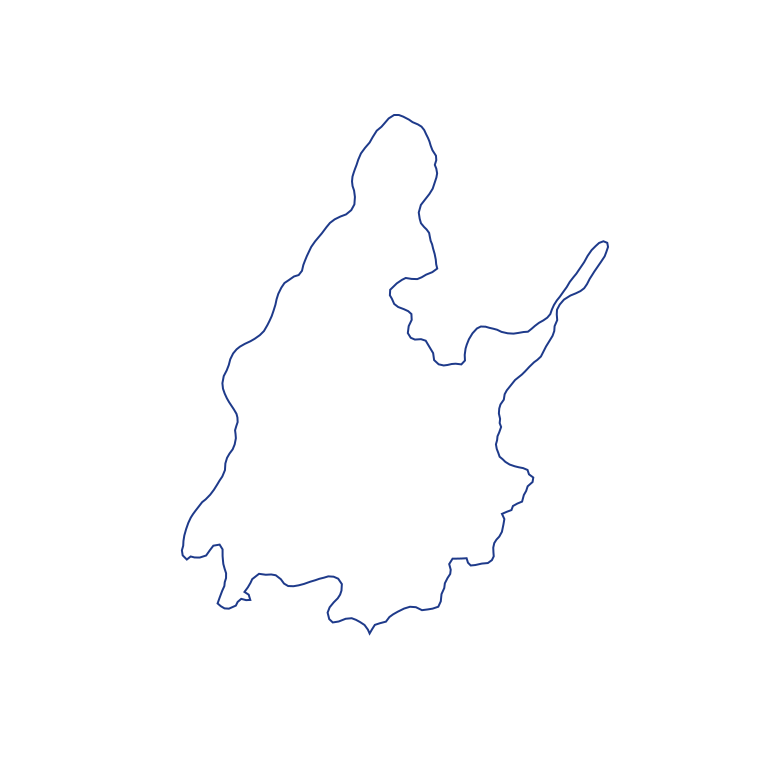 Veredinha, Minas Gerais, Brazil (Natural Earth projection), rotated 234°
{"feature_id": "56859067B69481295032755", "entity_name": "Veredinha", "entity_type": "district", "adm_level": 2, "iso_a3": "BRA", "parent_name": "Brazil", "parent_adm1": "Minas Gerais", "projection": "natural_earth1", "projection_center": [-42.725, -17.51], "detail": "fine", "context": "isolated", "style": "outline", "palette": "blue", "viewbox_px": 768, "rotation_deg": 234, "n_neighbors": 0, "source": "geoboundaries", "source_scale": "gbopen_adm2", "svg_char_len": 4762}
<svg xmlns="http://www.w3.org/2000/svg" viewBox="0 0 768 768"><g transform="rotate(234 384 384)"><path d="M524.2,362.8L522.3,357.6L519.1,351.5L515.7,346.9L512.0,342.8L508.2,337.7L504.9,333.0L502.2,328.2L500.2,324.3L497.4,318.0L496.5,312.2L496.6,305.9L497.1,301.1L498.3,294.9L498.9,289.4L498.7,285.1L497.4,279.9L494.4,274.2L490.6,269.6L487.5,264.8L484.6,259.0L479.6,253.7L474.9,251.0L469.9,249.5L464.9,248.5L460.4,248.0L455.9,247.8L451.5,247.6L446.5,247.1L443.0,245.7L439.2,243.2L436.8,239.8L434.1,236.3L430.8,234.5L427.2,232.3L422.9,227.7L420.1,223.2L418.5,218.1L416.5,213.6L413.0,209.0L407.8,204.7L404.2,198.8L402.6,194.4L400.6,189.7L398.4,184.2L396.6,178.3L395.5,171.9L395.3,167.4L393.9,162.6L392.3,157.1L391.0,153.0L389.5,149.2L386.7,144.1L382.9,138.6L378.8,133.4L374.9,129.5L371.2,126.5L368.2,122.7L363.7,120.4L357.9,121.3L358.1,126.2L355.0,128.8L351.9,132.9L349.8,139.3L351.9,145.5L353.5,150.9L350.7,156.6L345.1,156.2L339.7,152.3L336.4,150.3L332.8,148.2L328.0,146.4L323.7,145.0L319.8,142.1L317.3,138.7L314.4,136.1L311.7,131.4L307.6,125.2L304.3,120.4L300.1,121.4L296.2,123.1L293.4,126.5L291.8,133.9L293.7,137.5L294.1,142.2L290.2,145.4L287.9,148.9L293.1,150.7L297.8,148.9L299.5,154.3L301.6,159.1L303.6,162.7L303.9,171.3L299.2,176.2L296.2,180.8L292.9,184.0L286.7,185.8L281.3,185.8L276.9,187.7L273.6,191.9L271.3,196.6L269.3,201.7L267.4,208.1L265.6,213.2L264.4,217.2L262.6,221.6L261.1,225.9L257.7,230.0L253.4,232.5L246.9,232.3L241.9,228.2L239.4,224.7L237.8,220.6L236.9,215.0L235.3,208.8L232.2,204.0L226.0,201.5L221.2,202.4L218.5,207.7L216.6,215.0L213.5,220.2L209.7,222.7L205.5,224.7L200.5,226.6L194.7,226.6L190.6,225.7L192.6,230.2L194.5,235.0L192.9,240.0L190.6,245.9L192.3,251.4L192.3,256.0L191.7,261.3L190.5,268.3L188.5,274.1L184.7,278.6L178.7,281.8L175.9,286.9L173.7,291.3L171.9,297.0L174.8,302.2L180.2,307.0L183.5,312.8L187.0,316.1L189.7,321.4L191.4,325.9L194.5,328.8L200.0,330.9L202.4,336.8L199.1,341.4L196.6,345.1L194.5,348.4L190.1,346.9L186.2,347.5L183.9,351.4L181.2,357.6L178.1,362.8L178.1,367.8L180.1,371.5L183.5,373.6L187.4,376.2L190.5,379.7L192.0,383.5L192.8,387.6L195.1,392.5L200.0,397.9L204.0,402.0L209.6,403.1L208.4,408.4L207.1,413.0L209.5,416.6L208.9,421.6L207.7,426.6L212.0,431.9L213.9,436.1L216.8,440.1L217.4,446.6L220.6,449.8L225.7,448.2L230.1,449.6L234.2,447.1L237.4,444.1L240.6,441.4L245.0,438.3L249.7,436.4L253.7,435.7L257.2,434.8L261.2,436.0L265.3,437.1L269.4,439.1L272.1,442.5L275.0,445.1L277.1,448.7L280.4,453.5L284.4,454.6L287.5,457.4L292.6,459.6L296.4,462.8L299.0,466.2L300.9,471.7L304.8,475.6L306.7,479.6L308.2,485.1L310.2,492.4L310.6,501.1L311.3,505.7L312.5,511.8L313.4,518.2L313.4,522.3L314.0,527.1L316.8,532.6L319.1,537.1L321.6,543.2L323.9,548.7L326.8,552.9L330.5,556.0L333.9,561.7L338.8,564.7L342.4,567.6L345.0,572.9L346.5,579.2L346.0,586.8L344.6,592.5L343.7,597.5L343.8,602.2L345.5,607.0L348.2,612.3L349.8,616.4L351.3,620.1L353.1,625.2L355.4,631.7L357.6,637.6L360.1,641.4L363.2,645.8L367.0,647.6L370.5,645.4L371.7,640.9L371.2,636.4L370.3,630.7L368.0,624.1L364.9,617.5L363.2,612.8L361.7,608.6L360.2,604.5L359.1,600.2L357.4,594.3L355.0,588.8L353.5,584.2L351.3,577.7L350.0,572.9L348.0,567.9L345.5,563.5L342.8,559.6L341.7,555.1L341.8,550.3L342.4,545.3L342.3,540.3L341.9,535.7L341.7,531.2L344.0,527.5L346.3,522.8L348.6,518.4L352.3,513.9L357.1,509.7L361.4,507.4L364.5,504.9L367.6,502.2L370.7,499.8L373.6,496.1L374.3,491.8L373.0,485.4L370.3,479.0L367.2,474.1L364.7,470.8L360.1,466.4L355.4,463.3L354.4,458.1L358.3,453.9L360.4,450.5L362.0,446.7L363.9,443.2L367.8,439.8L373.9,438.6L380.1,441.9L390.2,442.8L394.5,443.2L398.5,440.3L401.8,435.1L405.7,432.8L411.2,433.2L416.3,438.0L419.6,444.1L424.5,447.3L428.7,446.4L432.8,444.1L438.0,440.7L442.8,439.3L448.4,440.5L452.3,440.9L456.6,444.4L457.9,453.5L457.7,459.8L457.0,463.9L452.8,468.1L449.3,472.6L448.2,477.2L447.7,482.4L446.1,488.8L446.1,494.9L450.2,496.6L454.2,499.0L459.4,501.4L464.9,503.4L468.7,505.0L472.4,505.9L475.9,507.5L479.7,509.3L484.0,509.3L487.6,508.7L492.3,508.4L496.7,510.0L502.3,512.9L507.2,519.1L509.2,526.0L511.0,532.3L513.4,538.2L517.2,543.5L520.3,547.8L523.2,550.8L527.5,552.9L531.4,553.9L534.4,557.9L538.1,560.2L544.7,560.6L549.5,561.9L553.4,563.3L557.1,564.2L561.3,564.9L565.8,565.8L570.2,565.6L574.1,564.0L579.1,561.0L583.2,559.6L589.0,556.7L592.8,554.2L595.7,550.3L596.1,543.9L594.6,537.6L593.6,533.2L593.2,527.0L590.4,520.0L587.8,514.3L586.2,507.5L584.1,500.9L580.6,495.0L577.4,490.6L575.2,487.2L573.0,484.0L570.3,480.4L566.7,477.2L562.6,474.9L558.1,473.5L552.4,470.4L546.7,465.6L543.9,459.7L543.5,453.0L545.1,447.2L546.2,440.9L546.1,435.0L544.7,429.6L542.5,422.5L541.4,418.1L539.9,412.1L537.7,405.7L535.2,401.1L532.8,396.7L530.0,392.2L527.7,388.7L523.8,384.2L522.3,379.0L523.9,374.4L524.0,368.2L524.2,362.8Z" fill="none" stroke="#1e3a8a" stroke-width="2"/></g></svg>